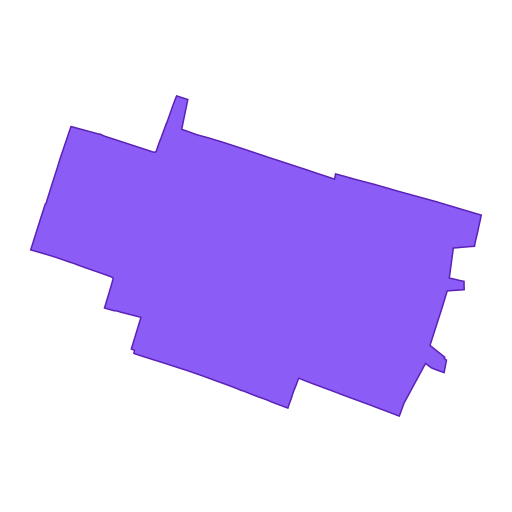 Bucinisu, Olt, Romania (Mercator projection)
{"feature_id": "2599482B88524911604517", "entity_name": "Bucinisu", "entity_type": "district", "adm_level": 2, "iso_a3": "ROU", "parent_name": "Romania", "parent_adm1": "Olt", "projection": "mercator", "projection_center": [24.274, 43.94], "detail": "fine", "context": "isolated", "style": "filled", "palette": "violet", "viewbox_px": 512, "rotation_deg": 0, "n_neighbors": 0, "source": "geoboundaries", "source_scale": "gbopen_adm2", "svg_char_len": 2721}
<svg xmlns="http://www.w3.org/2000/svg" viewBox="0 0 512 512"><path d="M444.1,372.6L446.0,362.8L446.5,360.1L444.2,358.4L444.1,358.1L444.7,357.2L430.0,345.4L442.2,307.4L447.2,290.9L462.9,289.8L464.2,289.7L464.1,286.9L464.0,281.3L462.2,281.0L460.2,280.6L459.3,280.4L458.4,280.1L456.5,279.7L453.4,278.9L449.3,278.1L450.2,271.4L451.4,262.5L451.5,261.6L451.8,259.4L453.3,248.3L453.3,248.0L457.7,247.7L460.7,247.4L470.0,246.6L474.5,246.3L475.0,243.4L475.1,242.8L475.2,242.3L475.9,239.3L476.7,236.0L477.3,233.5L478.0,230.5L478.7,226.9L479.4,223.9L480.1,220.8L481.0,216.5L481.3,215.1L474.4,213.1L459.6,208.7L436.6,201.8L398.7,191.4L390.1,188.9L375.5,184.7L356.5,179.7L335.6,173.9L334.7,178.2L334.5,179.2L334.1,179.0L309.2,170.7L287.4,163.5L268.3,157.3L254.4,152.6L240.6,148.0L223.7,142.5L207.8,137.7L196.7,134.7L185.5,130.6L181.7,129.3L187.8,99.5L176.6,95.9L175.8,97.9L173.4,104.1L170.2,113.2L166.9,122.4L166.4,123.8L166.2,123.8L165.9,124.6L165.6,125.5L161.4,137.0L160.7,139.1L160.4,139.4L159.6,141.6L158.4,144.9L157.7,146.8L156.8,149.7L156.1,151.3L155.8,151.8L155.5,152.1L155.1,152.1L154.4,152.1L154.1,152.2L153.7,152.2L126.2,143.2L104.3,136.1L101.4,134.7L100.6,134.3L100.3,134.1L100.1,134.3L99.6,134.3L71.0,126.5L60.1,158.6L57.7,166.5L51.5,185.8L46.0,203.5L45.3,203.9L40.3,219.4L30.7,249.9L31.7,250.2L45.7,254.2L50.7,255.7L53.2,256.5L56.4,257.5L68.7,261.8L72.8,263.1L73.8,263.4L78.1,265.1L82.5,266.7L86.7,268.2L87.4,268.4L92.2,270.1L96.0,271.4L99.1,272.5L100.6,273.0L102.5,273.7L104.7,274.5L106.0,274.9L106.3,275.0L106.7,275.2L107.2,275.4L107.9,275.6L108.8,276.0L110.1,276.4L110.7,276.7L112.0,277.2L112.6,277.6L113.1,277.9L113.2,278.3L113.1,278.8L111.3,285.3L110.6,287.7L110.1,289.2L109.2,292.4L108.8,293.8L108.0,296.3L104.5,308.0L110.0,309.6L112.9,310.4L113.9,310.7L116.6,310.9L119.9,311.9L120.8,312.2L139.2,316.9L140.9,317.3L140.9,317.6L138.6,325.1L131.7,347.7L131.3,349.0L132.3,349.4L134.2,350.2L134.4,350.8L134.4,351.1L134.3,351.5L133.8,353.2L134.3,353.5L135.3,354.0L144.1,356.8L165.7,363.6L173.0,366.0L181.7,368.8L185.9,370.1L195.1,373.3L201.8,375.6L207.5,377.7L216.4,381.0L225.6,384.3L231.2,386.4L237.0,388.6L241.3,390.5L243.5,391.0L252.8,394.8L258.1,396.8L262.7,398.4L267.1,400.0L271.2,401.8L278.0,404.4L287.9,408.1L288.8,405.2L290.0,402.0L290.4,401.0L291.7,397.1L292.4,394.8L293.8,390.8L295.9,385.7L297.4,381.6L298.7,378.2L299.0,378.3L306.0,381.1L310.2,382.7L313.8,384.1L318.2,385.7L324.3,388.0L329.0,389.7L335.4,392.1L342.9,395.0L346.7,396.4L354.0,399.1L359.0,400.9L361.9,402.0L364.0,402.8L369.0,404.6L399.3,416.1L401.7,409.5L404.1,402.9L404.5,402.2L405.1,401.2L411.3,389.7L420.4,372.9L425.5,363.5L426.4,364.1L431.3,367.8L434.6,369.2L442.0,371.9L444.1,372.6Z" fill="#8b5cf6" stroke="#5b21b6" stroke-width="1.5"/></svg>